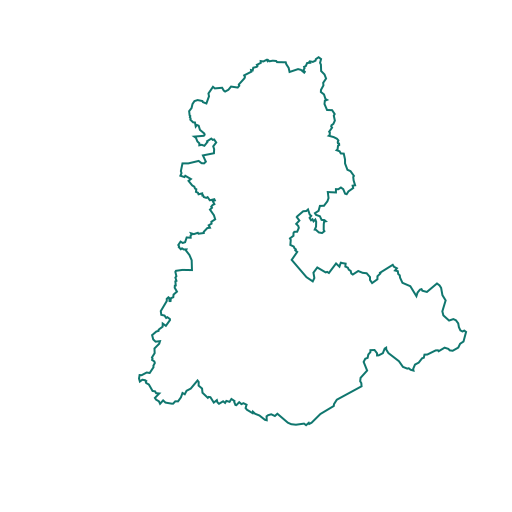 the district of Cappamore-Kilmallock Lea-7, Limerick, Ireland, rotated 335°
{"feature_id": "5873133B39771401556272", "entity_name": "Cappamore-Kilmallock Lea-7", "entity_type": "district", "adm_level": 2, "iso_a3": "IRL", "parent_name": "Ireland", "parent_adm1": "Limerick", "projection": "mercator", "projection_center": [-8.418, 52.488], "detail": "fine", "context": "isolated", "style": "outline", "palette": "teal", "viewbox_px": 512, "rotation_deg": 335, "n_neighbors": 0, "source": "geoboundaries", "source_scale": "gbopen_adm2", "svg_char_len": 6121}
<svg xmlns="http://www.w3.org/2000/svg" viewBox="0 0 512 512"><g transform="rotate(335 256 256)"><path d="M398.2,105.0L396.7,102.3L393.4,102.9L392.5,104.1L389.5,104.1L387.0,102.3L386.4,102.6L386.5,103.7L383.9,102.7L381.4,104.9L379.5,104.9L379.3,106.4L377.4,107.6L378.1,109.7L377.2,110.2L375.4,106.3L373.1,104.4L364.2,103.4L365.1,99.3L364.5,95.0L364.8,93.0L357.0,89.2L356.7,87.8L353.8,86.1L350.5,85.2L349.7,83.5L348.9,84.2L348.5,82.7L344.9,82.8L342.6,81.3L341.9,83.0L337.6,83.1L337.7,84.4L336.7,84.9L333.1,84.2L331.4,86.4L330.1,85.4L329.7,87.0L321.6,87.3L321.7,89.0L320.7,90.0L312.9,93.3L312.8,94.6L310.6,95.6L305.0,91.9L301.2,93.7L297.5,93.9L296.7,92.5L296.4,89.2L289.5,86.7L288.5,84.5L281.6,88.6L280.9,91.4L275.5,96.8L272.9,94.1L272.9,92.9L269.0,90.0L265.7,89.6L262.7,91.4L260.1,94.7L256.6,96.5L255.3,100.4L255.6,101.4L254.7,102.2L254.9,103.6L254.1,104.7L255.5,108.3L257.1,109.2L256.1,113.2L257.8,112.3L259.1,113.7L258.5,118.0L260.9,123.1L260.7,124.4L259.5,125.0L250.5,121.7L251.5,123.5L251.3,127.4L252.3,130.0L251.4,131.7L253.8,132.3L255.8,134.3L260.2,132.1L260.2,131.3L265.1,130.7L265.9,132.5L267.3,132.7L267.9,136.3L263.6,138.5L263.2,141.5L261.3,145.1L250.4,142.4L250.4,149.3L248.1,150.1L245.9,148.9L244.2,145.6L233.9,143.5L228.5,141.0L223.8,147.3L223.5,149.4L221.4,151.3L224.5,154.2L225.8,153.4L229.5,158.7L226.6,159.4L228.0,165.1L229.4,167.1L229.2,169.0L230.1,170.3L228.7,172.5L230.1,174.1L230.0,175.8L233.7,176.5L233.0,178.5L233.7,178.7L233.6,180.5L235.5,182.3L237.0,182.2L237.7,186.0L242.2,186.9L242.2,188.2L240.0,187.8L240.2,191.4L238.1,191.5L236.3,192.4L236.5,193.7L233.9,194.5L235.1,201.3L234.5,205.5L230.0,206.1L229.4,207.9L226.1,208.2L226.2,210.9L223.7,210.1L218.9,212.0L218.4,213.1L213.3,211.5L213.1,210.4L208.9,209.9L206.7,208.0L206.8,209.4L205.4,209.8L204.5,211.8L201.0,209.9L197.6,213.5L195.1,213.2L193.7,211.1L190.2,213.2L190.4,214.7L189.8,215.3L190.7,218.1L192.2,217.8L193.2,219.5L195.7,220.6L194.8,221.3L196.1,226.9L195.9,232.7L192.0,241.7L183.4,237.5L177.2,235.6L176.2,236.3L175.3,240.7L173.8,241.5L173.4,244.9L172.2,244.9L170.8,248.8L169.9,248.6L168.9,250.4L169.3,254.9L165.0,256.1L163.6,258.4L161.0,258.3L159.5,260.7L158.6,260.3L159.6,257.3L159.2,256.4L157.0,257.1L156.1,259.1L146.4,265.7L145.3,269.3L147.9,271.3L148.4,274.2L149.8,274.0L151.3,276.7L151.0,277.7L144.8,281.2L142.9,277.8L141.5,280.6L136.7,281.6L136.0,282.7L133.8,282.3L128.4,283.8L127.6,288.2L128.8,291.2L133.0,292.6L131.2,294.6L124.9,296.9L123.1,301.2L118.8,304.0L118.9,305.1L117.9,306.3L119.3,308.6L119.1,310.2L116.6,312.1L116.1,313.5L110.2,317.1L107.7,315.4L101.9,315.7L100.2,314.7L98.2,317.6L97.7,320.7L100.7,320.1L103.0,321.7L103.7,322.9L102.9,323.4L102.8,324.7L104.6,327.2L105.2,334.6L107.3,336.0L107.5,338.1L110.2,339.7L104.4,341.9L104.7,343.9L106.6,346.7L106.6,349.4L110.8,347.6L112.0,350.6L117.2,354.2L118.5,354.8L121.4,353.6L123.9,354.8L128.2,352.4L131.5,349.1L133.0,351.2L136.1,348.8L140.8,348.6L150.4,344.1L150.8,346.0L149.2,349.2L151.1,353.3L149.7,357.3L152.4,364.2L153.5,363.7L155.0,364.7L155.8,371.0L159.6,370.1L159.2,372.2L160.0,374.3L164.8,373.8L165.9,376.1L167.9,374.8L170.4,377.0L173.3,375.2L175.2,378.3L174.6,379.0L174.4,382.3L175.1,382.9L179.0,381.4L180.2,384.1L182.4,384.1L184.6,386.8L182.3,389.4L182.8,391.5L186.5,397.0L187.4,395.8L188.5,398.6L191.7,402.0L194.9,408.3L196.3,409.4L197.8,405.8L199.7,405.4L202.9,405.9L205.5,409.0L208.7,408.0L214.4,420.5L216.8,423.3L220.9,425.8L228.7,428.2L229.9,430.5L233.3,429.5L233.3,430.7L235.9,430.6L247.6,426.4L263.1,424.8L264.1,423.2L268.5,420.4L296.6,418.7L297.7,415.8L297.5,413.5L299.3,410.6L308.3,406.8L308.8,397.5L311.6,395.3L314.1,395.5L316.2,392.7L319.0,391.5L319.9,389.7L323.7,391.3L324.6,395.4L323.7,397.3L325.2,397.9L329.9,397.7L333.5,394.3L335.2,394.1L334.5,395.9L335.0,400.0L341.1,411.8L342.3,418.6L345.5,422.0L347.0,422.3L348.0,424.4L350.3,426.4L350.7,424.8L354.2,421.6L358.4,421.4L363.3,418.9L365.1,419.1L367.0,416.6L369.6,417.7L379.0,417.5L381.1,418.4L381.3,419.5L388.2,418.8L391.1,421.5L391.7,423.4L394.2,425.0L400.6,424.5L403.9,421.8L407.9,421.2L414.3,413.6L413.2,411.6L411.3,411.7L409.8,409.8L409.8,406.3L410.8,402.5L410.0,398.7L408.2,396.6L403.7,396.1L400.7,389.0L401.5,384.9L409.1,376.4L408.4,370.3L410.3,363.1L409.9,360.2L408.4,357.4L395.7,360.8L392.1,357.8L392.0,356.0L390.4,355.8L387.0,357.4L384.4,360.2L383.1,348.6L377.4,342.2L377.4,336.5L378.1,334.3L377.3,332.4L378.1,329.7L375.9,327.9L378.5,326.7L376.5,324.1L376.2,321.8L361.3,323.6L361.3,324.4L357.5,325.7L356.2,328.4L349.8,329.6L349.2,325.9L350.4,323.3L349.0,318.4L345.5,316.3L342.3,312.8L335.9,313.7L335.0,312.1L335.5,309.5L334.3,307.6L334.3,305.4L332.5,303.3L334.0,300.8L330.2,298.2L330.6,297.3L327.1,300.9L325.4,296.6L314.9,302.2L313.8,300.5L312.2,300.3L306.7,292.3L301.0,295.4L299.6,300.6L296.7,303.0L292.8,296.5L286.7,274.6L295.1,269.7L294.0,267.5L294.9,266.8L294.1,265.1L294.2,263.4L291.8,260.5L294.3,256.1L294.2,254.4L298.5,253.5L299.7,251.0L301.0,250.3L303.6,251.4L306.7,248.6L307.0,246.6L306.0,243.9L310.3,242.2L309.4,237.9L310.1,237.5L317.7,235.4L320.6,236.5L322.8,235.8L322.2,241.1L323.0,243.0L320.7,244.1L321.0,246.9L322.7,246.6L322.8,248.9L325.2,248.0L325.0,250.4L322.8,254.8L320.4,256.9L321.4,257.6L322.9,261.2L325.6,263.1L328.5,262.4L328.4,260.9L330.9,255.7L332.3,253.6L333.9,254.0L333.2,252.4L330.7,251.0L330.7,247.0L327.7,244.0L327.5,242.1L331.8,241.5L335.1,237.6L338.8,239.2L343.8,236.6L346.2,234.2L348.1,228.4L355.3,232.2L356.7,229.2L358.8,230.3L361.9,229.8L363.3,232.3L363.1,237.2L364.3,238.3L367.1,236.5L372.8,235.5L373.3,233.1L375.7,233.8L376.4,228.8L377.5,225.5L378.6,224.8L377.5,219.0L375.3,216.5L375.8,209.8L377.5,206.1L378.8,200.3L376.2,198.9L376.0,196.4L373.8,194.2L375.0,193.8L376.9,190.8L378.3,190.6L378.8,189.2L377.9,188.5L378.2,187.3L379.5,186.1L378.9,183.9L376.6,181.0L372.8,177.8L373.9,177.5L375.1,175.3L374.8,174.3L379.2,171.8L378.9,170.4L379.7,169.4L381.9,169.0L384.7,166.6L385.8,161.7L387.3,160.6L386.6,156.0L382.1,153.7L382.3,147.2L384.0,144.4L386.3,144.5L385.3,143.1L385.9,138.3L384.1,134.8L385.1,132.9L389.2,129.9L390.1,127.4L394.5,124.8L394.8,120.4L393.2,115.9L395.7,110.0L395.7,108.0L398.2,105.0Z" fill="none" stroke="#0f766e" stroke-width="2"/></g></svg>